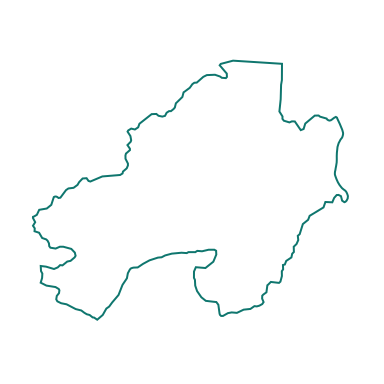 outline of Comapa, Jutiapa, Guatemala, rotated 276°
{"feature_id": "79465075B15373267205562", "entity_name": "Comapa", "entity_type": "district", "adm_level": 2, "iso_a3": "GTM", "parent_name": "Guatemala", "parent_adm1": "Jutiapa", "projection": "albers", "projection_center": [-89.917, 14.12], "detail": "fine", "context": "isolated", "style": "outline", "palette": "teal", "viewbox_px": 384, "rotation_deg": 276, "n_neighbors": 0, "source": "geoboundaries", "source_scale": "gbopen_adm2", "svg_char_len": 3456}
<svg xmlns="http://www.w3.org/2000/svg" viewBox="0 0 384 384"><g transform="rotate(276 192 192)"><path d="M205.1,121.2L203.2,121.0L201.4,118.7L198.1,101.2L191.8,89.8L192.2,87.9L194.7,85.7L194.0,81.8L190.0,78.7L187.1,77.4L183.8,73.8L182.6,68.7L180.7,66.5L172.6,61.7L172.1,59.9L173.0,58.4L173.3,57.2L173.2,56.3L172.5,55.1L164.5,53.4L160.4,49.3L158.3,41.9L153.1,40.1L151.1,37.4L150.7,36.5L149.6,36.5L145.6,39.2L141.8,37.4L139.4,39.4L136.5,39.5L135.5,44.2L130.6,47.8L129.6,52.0L128.4,53.5L126.0,55.1L123.2,55.7L121.8,57.0L121.5,62.3L123.8,66.4L124.1,69.8L122.8,77.9L119.5,81.8L116.4,82.9L114.7,82.1L110.8,78.4L109.8,75.2L105.5,70.9L105.5,68.5L103.0,66.4L101.0,62.8L102.5,54.7L102.6,49.3L97.6,50.1L95.2,51.7L90.8,51.9L86.0,51.0L83.7,57.0L83.2,66.2L81.6,69.6L80.4,70.4L77.5,70.3L74.5,68.4L71.1,68.2L69.2,69.5L67.7,73.5L67.2,79.0L63.4,88.6L62.6,94.3L60.6,97.6L59.4,100.2L59.0,103.0L56.9,106.3L56.9,107.7L55.1,111.1L60.4,116.1L67.1,119.0L69.4,121.6L73.7,124.1L81.9,129.7L92.4,132.6L99.4,136.3L104.5,136.7L108.4,138.3L109.5,139.1L110.2,140.4L110.7,141.8L111.3,145.9L115.4,150.8L119.6,156.9L123.2,165.0L123.9,168.6L126.1,171.9L128.6,178.4L130.5,187.9L130.7,193.2L131.8,194.7L132.5,201.5L134.0,203.4L134.1,208.2L136.3,214.5L136.9,220.3L136.1,222.1L132.3,222.7L124.9,220.5L117.8,213.3L117.6,203.7L113.1,202.3L106.9,202.9L104.9,204.1L99.2,205.0L94.0,207.4L88.3,212.3L85.2,217.1L85.1,224.8L85.1,227.7L82.6,230.0L74.0,232.1L72.8,232.6L71.8,233.9L72.0,235.8L75.3,240.4L76.4,244.1L76.5,249.3L80.4,255.7L81.8,262.3L85.0,266.0L85.0,268.4L86.0,270.9L87.9,273.6L90.0,274.7L93.3,272.9L96.2,272.7L97.4,273.6L100.0,276.5L107.1,276.7L107.8,277.4L110.8,279.8L110.7,288.0L112.1,289.3L117.8,290.2L122.6,289.6L124.6,290.7L128.9,290.1L129.6,291.9L133.3,292.9L137.3,297.7L141.1,298.1L143.0,299.6L148.2,298.9L151.2,301.4L155.3,302.7L159.5,301.8L161.3,303.5L171.7,305.6L176.5,310.4L180.6,311.5L190.4,324.4L196.0,325.7L196.4,332.6L201.0,334.0L204.1,336.2L204.4,338.1L203.4,340.6L199.1,342.2L197.8,344.6L198.3,345.6L199.5,346.6L201.8,347.5L203.0,347.5L204.2,347.5L205.2,347.1L206.7,346.4L208.4,345.3L209.4,344.2L210.5,342.3L211.6,340.7L212.9,339.4L214.5,337.9L216.9,336.1L219.8,334.4L221.8,333.4L223.5,332.6L224.7,332.2L226.1,332.1L227.3,332.1L228.7,332.3L230.6,332.4L232.8,332.6L236.5,332.8L239.4,332.6L242.9,332.2L246.1,332.0L249.1,332.0L252.0,332.0L254.2,332.4L256.1,332.8L258.0,333.6L258.8,333.9L259.8,334.3L260.7,334.9L261.5,335.4L262.5,335.8L264.1,336.1L265.6,336.2L266.8,336.0L269.6,334.9L275.1,331.9L279.9,329.0L281.1,328.4L281.7,327.2L280.7,325.7L279.8,324.7L278.8,323.7L277.8,322.5L277.4,321.2L277.6,320.1L278.3,318.8L279.1,318.2L280.3,311.5L281.3,309.9L280.8,306.1L271.9,297.5L266.3,296.4L264.9,293.7L265.6,293.1L272.9,286.9L272.7,284.0L271.4,281.6L272.5,275.9L274.2,274.3L276.6,274.1L281.2,270.5L293.5,270.5L307.9,269.4L312.7,269.7L328.9,268.1L326.9,219.1L322.4,207.2L320.9,206.3L313.4,214.2L310.1,214.7L308.8,213.8L308.7,209.7L309.8,207.8L311.0,202.6L309.8,194.5L307.7,191.2L302.7,186.6L301.3,185.3L300.9,182.9L299.3,181.1L295.4,178.9L290.2,173.2L285.5,172.5L278.5,166.7L274.2,166.1L272.6,165.0L270.2,162.6L270.0,160.7L268.2,158.5L264.9,157.2L263.9,154.6L264.3,150.7L265.9,148.4L265.2,143.7L254.4,132.6L250.7,131.7L248.2,128.7L248.7,124.9L246.5,122.1L245.3,121.6L241.2,124.9L237.1,126.1L235.6,125.8L231.9,122.9L228.6,125.7L227.2,125.9L223.3,122.3L221.4,122.0L218.1,122.4L213.6,125.3L211.7,125.5L208.7,124.6L205.1,121.2Z" fill="none" stroke="#0f766e" stroke-width="2"/></g></svg>